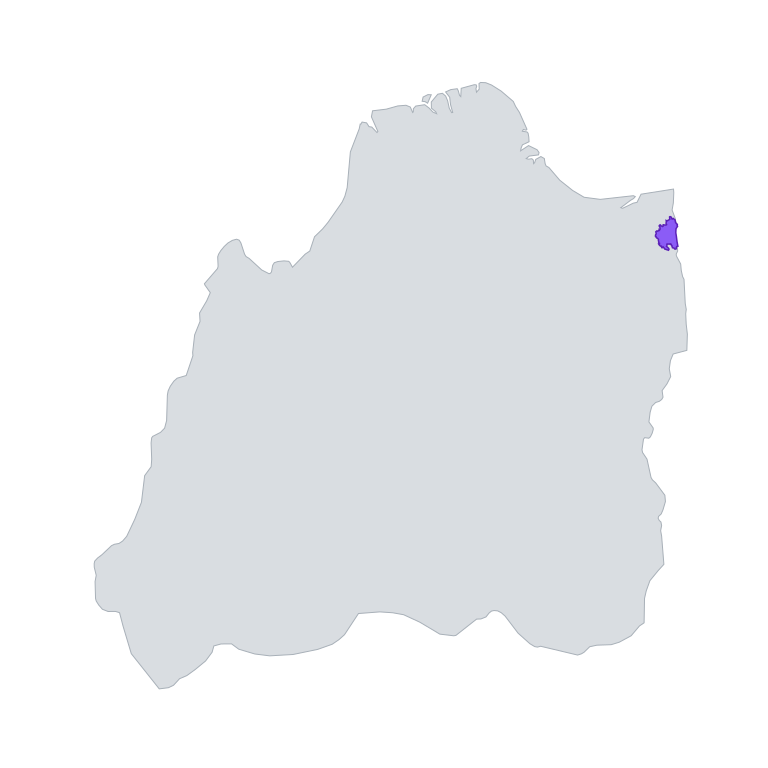 Yewa North, Ogun, Nigeria (highlighted), rotated 174°
{"feature_id": "59680162B21216344152794", "entity_name": "Yewa North", "entity_type": "district", "adm_level": 2, "iso_a3": "NGA", "parent_name": "Nigeria", "parent_adm1": "Ogun", "projection": "natural_earth1", "projection_center": [2.929, 7.092], "detail": "fine", "context": "in_parent", "style": "filled", "palette": "violet", "viewbox_px": 768, "rotation_deg": 174, "n_neighbors": 0, "source": "geoboundaries", "source_scale": "gbopen_adm2", "svg_char_len": 5940}
<svg xmlns="http://www.w3.org/2000/svg" viewBox="0 0 768 768"><g transform="rotate(174 384 384)"><path d="M639.4,104.3L663.5,142.2L668.8,170.4L670.9,184.2L674.8,185.9L682.2,186.6L687.6,189.4L690.8,194.0L692.9,198.3L693.3,200.9L692.0,217.7L690.2,223.8L691.3,232.1L691.0,235.7L690.2,238.1L687.0,240.9L682.5,243.6L671.9,251.7L668.8,252.8L664.3,253.1L660.4,255.1L655.8,259.4L646.0,275.5L637.6,291.7L631.6,317.9L624.2,326.1L622.9,333.4L621.8,349.7L620.7,354.7L619.5,356.1L611.4,359.2L606.8,363.0L604.0,370.4L600.6,395.6L599.4,399.7L596.8,404.1L592.7,408.8L589.1,411.4L579.8,413.1L571.1,432.1L571.0,435.4L567.2,452.6L560.4,465.5L560.0,473.9L551.6,485.3L547.2,493.0L551.8,501.2L552.1,502.5L537.5,516.2L536.7,518.3L536.1,527.8L535.0,530.3L532.3,533.8L528.4,537.6L524.4,540.6L519.8,542.7L515.5,543.4L513.0,542.2L511.6,539.3L509.1,527.7L507.9,525.2L505.0,523.0L493.7,510.2L486.8,505.7L485.4,506.0L484.2,507.2L482.3,513.7L480.4,516.1L476.8,516.9L470.6,516.9L466.0,516.0L465.0,514.8L462.8,509.7L448.8,521.4L443.9,524.0L437.7,537.7L428.9,544.6L422.8,550.6L406.6,569.3L403.3,574.8L400.1,583.1L393.2,618.3L382.0,640.3L380.5,645.0L379.9,644.8L378.4,646.8L374.0,645.5L372.0,641.5L369.3,640.8L364.7,634.8L363.7,635.8L368.6,651.0L366.8,656.9L353.0,657.1L341.2,659.1L333.0,658.9L328.9,656.7L327.1,651.0L326.4,651.6L326.0,654.7L323.4,657.1L314.3,657.5L310.2,653.6L306.9,649.3L303.4,647.3L304.0,649.2L308.0,653.4L307.5,659.5L300.2,666.6L295.5,667.0L292.6,663.9L291.1,659.0L290.3,651.6L288.4,646.8L287.3,646.8L288.6,654.8L288.7,662.3L292.2,668.0L286.8,669.8L280.3,670.0L279.5,667.9L278.7,663.1L277.6,661.8L276.3,670.0L263.0,672.2L261.1,671.9L260.7,670.4L261.7,668.1L261.5,664.5L258.5,667.3L258.1,672.9L256.4,673.8L251.3,673.0L245.8,670.1L236.9,663.1L225.9,651.5L224.1,646.3L220.9,639.9L215.2,622.4L216.2,621.6L218.8,622.6L220.0,620.9L215.4,619.7L214.5,618.4L214.2,614.6L214.4,609.8L221.3,607.4L222.9,604.5L223.8,601.6L215.3,606.0L207.3,601.0L205.6,598.0L206.4,595.7L215.7,595.5L219.0,593.3L217.0,592.5L213.4,592.6L212.1,591.1L212.2,587.5L211.1,588.3L209.6,591.5L204.2,593.8L201.0,591.5L200.7,586.3L200.0,583.9L197.4,582.1L187.9,568.3L176.1,556.7L165.5,548.8L149.6,545.0L116.3,545.2L114.5,544.1L116.5,542.3L119.4,541.0L130.1,534.6L128.3,533.8L117.2,537.8L113.4,538.2L108.5,545.9L75.7,547.6L75.8,544.0L77.3,533.9L79.3,526.9L77.1,518.4L76.5,510.7L77.9,508.3L78.4,505.4L78.0,485.6L79.8,482.7L79.8,480.7L76.4,472.3L76.5,465.8L75.8,459.6L74.7,456.7L76.0,432.6L75.6,426.6L76.6,422.4L77.2,412.0L77.1,401.8L79.3,385.8L93.3,383.6L96.7,377.3L98.7,369.3L98.1,361.4L102.6,354.5L108.1,348.4L107.9,341.7L109.4,339.6L112.0,338.0L115.8,337.2L119.9,333.9L122.3,328.0L124.5,318.6L120.9,312.1L121.0,310.6L122.4,307.1L124.6,303.6L126.3,302.4L130.4,303.4L131.7,302.0L134.3,291.6L134.0,288.8L130.3,281.8L128.2,263.1L127.1,260.6L124.1,257.2L116.3,244.0L116.4,237.7L119.7,229.7L121.9,225.8L124.8,223.6L125.4,221.8L124.5,219.5L123.0,217.8L122.7,214.2L124.2,209.2L123.8,203.7L124.5,175.4L130.8,169.8L140.1,160.6L144.8,150.9L147.3,143.6L150.3,119.3L155.2,116.7L164.5,107.8L177.1,102.6L185.3,101.0L199.6,102.0L206.9,101.2L213.1,96.3L215.9,95.0L219.8,94.2L255.6,106.8L258.9,106.3L261.6,107.1L266.1,110.5L276.7,122.2L287.8,140.5L291.3,144.3L294.7,146.5L298.3,147.2L300.9,146.9L303.5,145.2L306.9,141.7L312.2,140.2L316.5,140.5L338.7,126.5L340.9,126.3L354.6,129.4L373.3,143.4L388.6,152.5L399.3,155.6L412.0,157.8L433.4,158.4L449.5,138.8L455.5,134.5L462.7,130.6L477.7,127.0L502.7,124.5L526.1,125.6L540.7,129.0L556.1,135.4L562.8,141.5L573.2,142.5L580.6,141.3L583.0,135.2L590.4,127.2L601.6,119.8L610.6,114.6L618.1,112.3L624.8,106.4L630.1,104.5L639.4,104.3ZM315.1,665.3L310.1,667.2L306.8,666.7L311.3,658.7L313.6,660.5L316.5,661.2L315.1,665.3Z" fill="#d9dde1" stroke="#a8b0b8" stroke-width="1"/><path d="M77.3,490.3L77.7,495.0L77.8,500.4L78.0,503.8L77.7,505.9L77.3,508.0L75.6,510.1L75.9,510.6L75.9,510.9L75.6,511.5L75.6,511.8L75.6,512.0L75.8,512.1L75.9,512.5L76.5,513.2L76.8,513.6L77.1,514.0L77.2,514.7L77.2,515.1L77.3,515.7L77.4,516.8L78.0,517.4L78.5,517.8L79.0,518.4L79.7,518.1L80.2,517.9L80.5,518.3L80.5,518.6L80.6,519.0L80.7,519.6L80.8,519.8L81.0,520.0L81.6,520.4L82.0,520.6L82.5,520.4L82.5,520.2L82.6,519.5L82.6,518.7L82.6,517.9L83.1,517.7L83.5,517.4L84.5,517.1L85.0,516.7L85.6,516.8L86.0,516.9L86.3,517.1L86.3,516.4L86.3,515.7L86.6,514.8L86.7,514.2L86.5,513.7L86.3,512.9L86.7,512.7L86.9,512.7L87.2,512.7L87.5,512.7L87.9,512.7L88.0,512.7L88.3,512.8L88.6,512.8L88.9,513.0L89.1,513.1L89.4,513.2L89.7,513.2L89.8,513.0L89.7,512.7L89.8,512.5L89.8,512.3L90.0,511.7L90.5,511.5L90.9,511.8L91.2,511.9L91.4,512.0L91.9,512.4L92.4,513.3L93.1,513.3L93.3,513.0L93.7,512.8L93.7,512.0L93.3,512.0L93.3,511.4L93.2,510.6L93.1,509.8L93.3,509.3L93.4,508.8L93.8,508.8L93.8,509.0L94.2,509.1L94.2,507.9L95.0,507.9L95.5,507.7L95.8,507.3L96.8,507.7L97.8,506.9L97.7,506.6L97.6,505.8L97.5,505.4L97.7,504.8L98.0,504.3L98.2,504.1L98.4,503.8L98.6,502.6L98.0,502.2L98.1,501.6L97.4,500.6L96.9,500.5L96.7,500.2L96.0,499.3L95.9,498.9L96.1,498.2L96.1,497.5L96.0,497.2L95.9,496.8L95.9,496.5L96.0,495.9L96.1,495.6L96.2,495.4L95.7,495.2L95.3,495.1L95.4,494.3L96.0,494.1L95.4,493.0L94.8,492.5L94.5,492.2L94.1,492.2L93.7,492.1L93.7,491.7L93.7,491.2L93.5,490.7L93.3,490.4L93.1,490.4L92.9,490.6L92.7,490.8L92.5,491.0L92.1,491.2L91.8,490.6L91.5,490.4L91.4,490.1L91.2,489.9L91.0,489.5L90.7,489.2L90.7,488.9L88.7,488.0L88.2,487.7L87.6,487.6L87.1,487.3L86.5,488.1L86.6,488.8L87.1,489.6L88.6,491.3L88.3,491.6L88.2,492.0L88.2,492.5L88.2,492.9L88.0,493.4L87.8,493.7L87.1,493.4L86.7,493.5L86.3,493.4L86.0,493.4L85.3,493.4L85.0,493.5L84.8,493.5L84.4,493.4L84.6,492.9L84.2,492.7L83.8,492.7L83.7,492.4L83.6,492.0L83.5,491.8L83.4,491.8L83.2,491.6L83.3,491.4L83.3,491.2L83.2,490.8L83.1,490.5L83.1,490.2L82.9,489.8L82.8,489.6L82.8,489.3L82.3,489.2L81.5,489.0L81.2,488.6L81.0,488.1L80.7,487.8L79.6,487.7L79.3,487.9L79.1,488.5L79.1,489.1L78.8,489.3L78.6,490.1L78.4,490.1L78.1,490.3L77.3,490.3Z" fill="#8b5cf6" stroke="#5b21b6" stroke-width="1.5"/></g></svg>